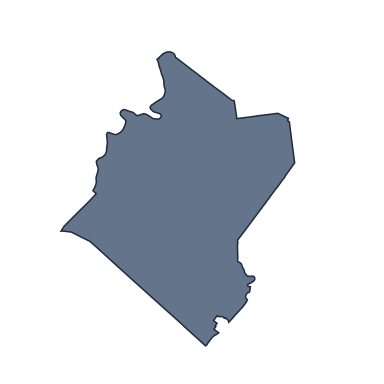 outline of Padureni, Timis, Romania, rotated 315°
{"feature_id": "2599482B54341741042222", "entity_name": "Padureni", "entity_type": "district", "adm_level": 2, "iso_a3": "ROU", "parent_name": "Romania", "parent_adm1": "Timis", "projection": "albers", "projection_center": [21.238, 45.614], "detail": "fine", "context": "isolated", "style": "filled", "palette": "slate", "viewbox_px": 384, "rotation_deg": 315, "n_neighbors": 0, "source": "geoboundaries", "source_scale": "gbopen_adm2", "svg_char_len": 4551}
<svg xmlns="http://www.w3.org/2000/svg" viewBox="0 0 384 384"><g transform="rotate(315 192 192)"><path d="M178.2,270.6L181.3,267.2L183.6,264.8L186.2,262.0L186.7,261.6L187.6,261.1L188.6,260.2L189.2,259.4L189.9,258.3L203.3,256.5L210.8,255.4L227.4,253.0L239.5,251.2L249.2,249.7L254.1,249.0L254.9,249.1L263.3,247.7L268.3,247.1L268.9,246.7L285.2,244.0L302.0,222.1L310.5,211.2L310.1,209.3L310.2,209.0L312.3,208.1L308.3,197.0L302.2,192.3L292.9,185.0L287.1,180.7L275.6,171.8L275.8,171.6L285.4,158.7L286.2,157.6L286.3,156.8L285.5,156.1L285.3,155.8L285.1,155.3L284.9,154.4L284.2,148.3L283.2,141.2L282.1,134.1L281.4,129.0L281.0,126.1L280.5,122.5L280.6,122.1L280.0,118.4L279.2,112.1L279.0,110.1L278.3,105.8L278.0,102.9L277.4,98.7L276.8,94.0L275.6,84.9L276.1,84.3L276.5,83.3L276.8,82.6L276.9,81.6L276.9,80.4L276.6,79.6L276.2,78.5L275.6,77.4L275.0,76.8L273.1,75.2L272.0,74.7L271.2,74.4L270.3,74.1L269.7,74.0L269.1,73.8L269.0,73.7L266.2,73.7L263.1,73.6L263.1,74.0L262.6,73.9L261.1,73.4L260.5,75.1L259.2,77.7L257.8,79.6L256.4,82.5L255.2,84.9L254.0,86.8L252.9,89.4L252.0,91.3L250.8,93.3L249.4,94.8L248.1,96.2L246.9,97.9L245.5,100.6L243.8,102.3L241.0,103.8L238.9,104.5L237.5,104.7L232.2,103.3L228.5,102.6L226.0,102.2L224.3,101.9L223.2,102.1L222.2,102.5L221.8,103.2L221.4,104.5L221.5,106.4L221.6,107.9L222.1,109.2L223.1,110.9L223.9,112.4L224.6,114.0L224.7,115.0L224.5,116.3L223.2,116.8L221.6,117.2L220.3,117.1L219.4,116.1L217.5,114.1L216.5,112.8L216.1,111.2L215.4,107.8L214.9,105.6L214.3,104.1L213.4,102.6L212.2,101.9L210.9,101.2L209.0,100.3L207.9,99.8L207.2,99.1L206.8,97.6L206.7,95.7L206.7,94.6L206.7,94.2L206.5,93.8L205.1,91.3L204.6,90.3L203.9,88.7L203.2,87.1L202.4,85.9L201.5,85.1L200.7,84.9L198.5,84.7L196.8,85.6L195.8,87.5L195.7,90.1L195.8,92.5L195.8,94.1L195.3,95.1L193.6,96.4L190.6,97.9L187.1,99.1L185.1,99.3L182.9,99.0L180.6,98.5L179.3,97.9L178.5,97.4L177.6,96.0L176.7,94.1L175.4,91.2L174.5,90.3L173.3,90.4L172.1,91.1L170.8,92.7L167.1,97.3L165.1,98.8L162.4,100.9L160.3,102.8L157.5,104.0L155.7,104.1L153.5,104.0L152.1,103.5L150.1,102.4L146.4,102.5L145.5,103.2L144.0,105.6L143.4,106.8L142.9,108.0L142.2,109.2L139.8,111.0L136.2,112.9L134.7,113.8L133.3,115.0L132.2,116.4L131.2,117.5L128.9,119.0L125.9,120.1L122.9,121.0L123.1,125.4L118.9,125.6L113.8,125.8L106.1,125.8L98.2,125.7L96.7,125.7L85.3,125.7L78.7,125.8L77.7,125.7L71.7,127.1L73.1,128.3L75.7,131.7L77.7,134.2L78.5,135.4L78.8,136.4L80.6,142.0L81.4,144.4L84.4,153.3L84.8,153.8L85.3,161.1L85.7,169.7L87.0,196.9L87.9,214.5L88.3,222.5L88.7,229.4L89.2,239.0L90.0,254.1L90.8,268.3L91.4,279.7L91.4,282.2L91.9,292.3L92.3,300.0L92.7,310.3L93.4,310.6L95.1,310.4L96.2,310.1L98.0,309.9L98.8,309.7L101.3,309.4L102.0,309.3L102.8,309.2L103.3,309.1L104.8,309.2L106.1,309.3L106.6,309.4L107.2,309.6L107.4,309.6L107.6,309.6L108.0,309.9L109.2,310.2L110.2,310.3L110.5,310.3L110.8,310.3L111.1,310.5L111.4,310.5L110.8,307.1L110.5,304.5L113.8,304.0L113.7,303.1L116.9,302.6L116.3,298.2L120.0,297.6L122.4,297.3L122.4,297.7L122.5,298.3L122.8,299.1L123.0,299.4L123.5,299.8L124.1,300.3L124.6,300.7L124.9,301.0L125.2,301.7L125.4,302.2L125.5,302.9L125.6,303.4L125.7,304.0L125.8,304.5L126.2,304.4L126.5,304.4L126.5,305.0L126.7,305.7L126.8,306.7L126.9,307.6L126.7,308.7L125.8,310.1L127.2,310.1L133.2,309.8L134.4,309.7L135.3,309.6L137.1,309.5L141.2,309.4L144.3,309.2L145.8,309.2L147.3,309.1L148.9,308.8L149.7,308.7L150.3,308.7L152.2,308.3L153.6,307.9L155.0,307.3L154.9,306.9L155.0,306.3L155.1,305.7L155.2,305.1L155.5,304.5L155.8,304.0L156.4,303.6L156.8,303.4L157.3,303.2L157.9,302.9L158.2,302.8L158.6,302.6L159.0,302.6L159.3,302.6L159.7,302.6L160.1,302.7L160.8,303.0L161.5,303.3L162.3,303.3L162.7,303.0L163.1,302.6L163.6,302.3L164.6,301.6L165.3,300.9L166.3,300.3L165.5,299.3L165.1,298.7L165.0,298.3L165.0,297.9L165.1,297.6L165.4,297.2L165.8,296.9L166.3,296.9L167.5,297.3L167.9,297.4L168.5,297.6L169.7,298.1L170.7,298.3L172.3,298.5L172.8,298.6L173.6,298.5L174.1,298.4L174.7,298.0L175.2,297.6L175.7,297.0L175.9,296.4L175.9,296.0L175.9,295.7L175.9,295.2L175.8,294.9L175.6,294.6L174.9,294.0L174.3,293.5L173.9,293.1L173.4,292.7L173.2,292.5L173.0,292.3L172.7,291.9L172.5,291.5L172.1,290.9L171.8,290.2L171.7,289.3L171.7,288.8L171.9,288.3L172.0,287.9L172.1,287.6L172.1,287.0L172.1,286.6L172.2,286.3L172.4,285.9L172.8,285.3L173.3,284.8L173.6,284.4L173.6,284.1L173.7,283.7L173.8,283.3L174.1,282.7L174.3,282.1L174.4,281.3L174.4,280.7L175.3,279.4L175.9,278.1L176.0,277.4L176.0,276.6L175.9,275.8L175.8,275.1L175.4,274.1L175.2,273.9L175.3,273.5L175.5,273.1L176.1,272.4L176.9,271.6L178.2,270.6Z" fill="#64748b" stroke="#1e293b" stroke-width="1.5"/></g></svg>